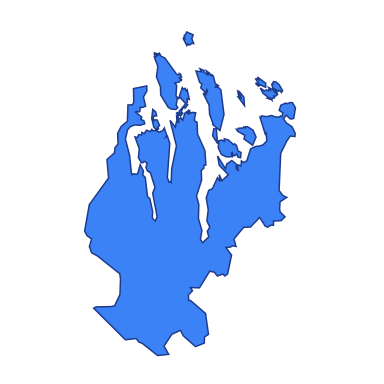 Meløy nor, Nordland, Norway, rotated 85°
{"feature_id": "86288312B75314465532393", "entity_name": "Meløy nor", "entity_type": "district", "adm_level": 2, "iso_a3": "NOR", "parent_name": "Norway", "parent_adm1": "Nordland", "projection": "mercator", "projection_center": [13.563, 66.788], "detail": "fine", "context": "isolated", "style": "filled", "palette": "blue", "viewbox_px": 384, "rotation_deg": 85, "n_neighbors": 0, "source": "geoboundaries", "source_scale": "gbopen_adm2", "svg_char_len": 5982}
<svg xmlns="http://www.w3.org/2000/svg" viewBox="0 0 384 384"><g transform="rotate(85 192 192)"><path d="M195.6,295.4L221.6,302.4L226.4,300.3L230.1,296.1L237.5,299.0L243.8,297.3L247.4,291.9L267.1,271.1L272.4,270.8L287.8,272.7L298.6,279.0L299.1,282.6L298.1,297.8L299.2,300.1L333.4,271.2L333.1,260.4L336.7,258.2L338.5,254.7L351.9,240.5L351.7,229.4L343.0,233.3L332.0,224.5L328.7,215.6L334.5,213.2L346.3,202.0L343.6,192.9L337.5,192.2L335.2,188.0L314.2,189.1L299.9,203.0L299.8,204.7L294.3,204.6L290.4,200.1L287.1,202.0L288.1,192.9L272.5,181.3L273.8,176.8L277.9,174.0L276.4,168.5L278.5,166.6L276.8,163.7L258.3,158.1L250.2,163.1L250.2,158.4L249.1,156.4L250.1,152.9L242.5,154.3L231.7,143.7L232.0,136.9L223.3,126.8L232.3,122.1L233.7,119.6L232.1,116.8L232.2,113.7L228.1,113.4L228.3,105.8L224.9,101.5L219.5,106.0L216.5,106.2L209.4,105.1L205.6,98.1L203.4,101.8L198.1,105.1L161.3,100.3L149.4,93.1L144.8,89.2L145.7,84.6L142.4,84.1L135.7,86.7L131.2,92.2L126.8,94.5L123.7,91.2L127.6,88.0L128.0,86.2L127.4,84.2L117.2,81.6L111.8,84.1L111.4,86.1L112.3,89.2L111.6,91.0L113.3,95.9L118.3,98.1L121.0,94.6L124.7,95.8L124.0,97.3L125.0,98.4L124.5,102.2L122.7,106.2L123.5,110.9L122.2,116.2L123.8,116.9L123.4,117.8L140.6,114.0L139.5,113.2L140.1,112.9L147.7,113.1L151.3,117.2L152.3,122.1L152.0,123.9L154.0,129.8L165.8,134.7L167.0,137.9L165.4,140.1L170.3,140.9L168.8,143.7L169.3,144.4L174.5,144.1L172.9,145.9L167.9,145.6L164.1,149.6L167.2,155.0L171.8,156.6L158.3,163.4L167.9,162.5L177.9,154.3L183.4,161.2L177.1,163.4L184.1,163.1L180.0,165.4L190.5,171.4L191.8,175.2L199.1,178.3L211.2,177.4L222.2,179.7L228.5,177.3L232.6,180.2L238.2,179.2L243.5,186.0L239.8,187.7L231.3,185.5L219.0,187.9L205.0,186.3L196.5,187.9L180.9,181.4L171.4,180.9L169.4,178.2L166.5,177.8L166.3,175.8L152.0,175.5L134.9,181.4L122.9,180.9L121.6,183.0L119.0,183.1L113.4,181.4L112.7,184.8L113.5,187.4L113.3,187.6L112.6,187.1L112.3,187.0L112.1,187.1L114.1,188.5L113.1,189.8L110.7,187.3L110.2,188.1L112.9,192.3L119.7,194.9L116.9,196.7L119.5,199.4L114.8,199.1L114.4,200.7L120.3,200.9L121.1,199.0L121.6,199.3L121.0,201.5L125.9,202.9L118.7,207.6L144.7,203.5L167.1,210.2L180.4,211.9L179.4,212.3L180.4,212.1L179.7,212.6L180.3,213.9L175.4,215.3L141.7,209.9L134.2,211.6L135.0,213.4L133.4,212.2L125.8,214.0L128.4,216.0L129.6,219.8L128.1,221.8L125.7,219.4L127.6,223.6L127.5,225.8L126.1,226.6L128.2,228.4L126.5,231.9L129.7,234.6L128.3,236.8L130.8,237.3L130.2,240.2L133.0,241.4L132.1,244.0L144.4,240.8L153.2,242.4L158.2,240.0L158.7,239.1L157.4,236.5L159.4,234.1L163.6,235.8L167.4,234.4L169.0,231.8L184.2,228.5L189.7,231.3L213.7,228.9L217.8,231.1L214.6,233.8L207.9,232.9L194.8,234.6L192.8,236.7L173.4,237.3L170.6,239.6L167.1,238.5L160.3,241.2L169.5,244.7L168.8,248.9L169.6,250.1L168.1,250.7L149.9,251.0L133.6,253.7L124.5,250.8L121.6,247.9L120.2,243.5L121.0,237.7L119.9,233.1L116.8,233.7L115.3,236.6L113.1,235.5L107.4,241.4L106.8,240.5L107.6,238.4L107.4,237.2L107.2,236.9L103.0,236.2L103.5,234.0L102.5,230.7L93.2,232.1L87.5,228.2L82.4,227.8L83.9,241.3L97.5,242.2L99.9,243.6L99.7,248.2L115.9,250.2L120.5,256.8L127.0,261.0L137.8,261.5L141.1,264.8L146.2,265.8L152.3,273.9L170.8,273.9L195.6,295.4ZM79.9,192.8L78.2,192.4L79.2,193.2L77.3,194.8L76.6,192.4L73.6,193.1L72.8,194.4L74.0,194.5L74.0,196.1L72.8,197.4L56.1,207.4L54.0,211.0L50.9,212.4L51.7,213.5L50.1,217.3L51.5,217.5L52.5,214.7L51.6,213.8L52.6,213.4L54.3,216.8L52.8,217.2L54.0,217.8L63.9,215.1L74.3,217.4L84.3,214.3L92.7,214.7L105.6,208.3L107.5,205.5L108.4,200.9L106.7,198.8L104.1,200.2L97.8,198.6L97.9,197.8L97.7,197.2L95.0,199.6L84.5,198.0L82.0,199.5L81.2,194.8L79.1,193.8L79.9,192.8ZM117.6,153.4L92.8,154.3L90.3,156.4L89.5,159.7L88.4,158.8L88.7,157.0L88.5,156.3L88.4,156.2L86.1,159.4L78.5,160.6L76.3,162.5L78.7,161.9L75.6,164.1L76.4,165.4L76.3,166.0L75.0,164.3L72.5,167.3L76.5,166.2L76.0,167.1L73.6,169.8L72.2,169.3L69.9,173.3L73.1,172.0L71.8,177.5L83.5,174.8L85.2,172.8L89.1,174.2L94.4,169.6L91.3,168.3L92.3,167.6L96.5,169.7L94.5,171.1L95.2,172.1L106.9,167.4L116.2,167.7L127.3,164.7L126.1,165.3L126.6,165.5L133.2,158.8L117.6,153.4ZM162.1,140.6L156.9,139.7L155.2,142.5L149.3,143.7L147.7,145.5L148.4,146.6L143.2,151.3L141.9,155.2L144.4,155.4L142.8,157.9L143.3,160.8L150.1,162.0L157.1,159.5L159.9,155.0L160.4,151.0L159.7,149.5L161.0,148.5L156.8,149.4L156.2,148.4L159.2,147.9L159.6,146.6L158.1,143.9L161.1,143.4L162.1,140.6ZM142.8,123.4L135.7,125.8L131.8,131.0L131.6,133.0L132.8,133.4L131.7,134.7L132.6,135.4L132.6,140.5L133.8,141.2L133.5,142.3L135.5,141.2L140.2,134.4L143.7,135.6L150.7,127.5L142.8,123.4ZM99.5,186.6L89.7,187.9L90.7,189.0L88.1,189.8L88.9,191.5L87.1,192.6L97.6,197.1L96.8,195.6L103.5,190.6L110.5,197.7L112.7,198.0L111.5,199.8L112.4,200.6L115.3,196.7L112.7,194.3L111.9,195.1L113.3,196.6L108.7,194.5L105.7,192.0L107.9,191.6L104.8,188.7L103.7,190.4L102.2,188.7L98.6,188.7L99.5,186.6ZM102.2,98.2L99.2,101.4L97.8,101.2L99.8,98.8L98.6,99.0L96.0,102.0L98.3,101.7L95.5,102.5L96.8,103.1L94.6,106.6L97.0,105.6L96.3,106.5L98.1,107.5L96.8,108.9L97.5,111.2L94.4,114.9L99.8,112.7L104.8,107.3L105.1,108.8L106.5,105.9L104.7,106.3L107.4,104.3L105.8,104.4L105.3,101.5L103.5,102.2L103.6,99.9L102.2,98.2ZM35.5,177.2L32.1,183.3L35.6,185.7L34.8,186.2L38.6,185.8L37.7,187.0L38.5,187.3L45.4,184.5L44.0,184.0L44.6,182.4L45.1,183.7L45.2,181.2L43.9,179.1L44.3,177.4L39.5,178.8L35.5,177.2ZM123.0,218.5L117.1,220.5L116.9,223.5L117.9,223.8L117.3,224.4L113.2,223.7L113.0,220.5L108.9,221.3L106.3,223.9L115.1,225.7L124.0,224.4L126.5,222.4L123.0,218.5ZM99.9,92.9L98.4,93.1L92.6,95.9L89.7,98.7L89.1,101.2L92.5,102.5L91.2,102.7L91.8,103.2L95.4,102.4L99.2,96.8L98.5,96.3L99.1,95.0L100.7,94.3L99.3,93.2L99.9,92.9ZM146.0,162.3L131.3,162.3L130.9,164.8L137.7,166.6L146.0,162.3ZM94.1,109.5L90.0,109.1L83.1,117.0L85.5,114.8L86.4,115.3L84.7,116.8L85.0,118.8L90.8,115.4L89.1,118.6L89.8,118.9L92.3,116.7L91.4,114.3L94.1,109.5ZM110.5,132.2L101.9,132.1L96.2,136.0L95.6,137.1L99.0,135.3L96.6,137.5L98.8,137.4L99.6,136.0L100.8,134.8L99.7,137.5L103.2,134.3L101.6,137.6L110.5,132.2Z" fill="#3b82f6" stroke="#1e3a8a" stroke-width="1.5"/></g></svg>